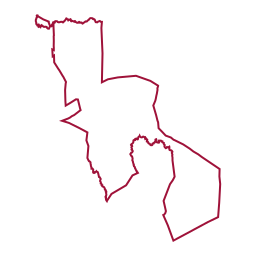 San Miguel Amatitlán, Oaxaca, Mexico
{"feature_id": "50627088B32935680328214", "entity_name": "San Miguel Amatitlán", "entity_type": "district", "adm_level": 2, "iso_a3": "MEX", "parent_name": "Mexico", "parent_adm1": "Oaxaca", "projection": "equal_earth", "projection_center": [-98.046, 17.886], "detail": "fine", "context": "isolated", "style": "outline", "palette": "rose", "viewbox_px": 256, "rotation_deg": 0, "n_neighbors": 0, "source": "geoboundaries", "source_scale": "gbopen_adm2", "svg_char_len": 5642}
<svg xmlns="http://www.w3.org/2000/svg" viewBox="0 0 256 256"><path d="M101.9,21.9L101.1,21.9L100.8,21.8L99.8,21.0L98.1,21.6L97.3,22.3L96.8,22.3L96.4,22.1L95.7,22.1L95.3,21.3L95.1,20.6L95.0,20.2L94.4,19.3L93.5,19.0L93.3,19.2L92.9,19.0L92.7,18.4L92.1,18.2L90.6,18.1L89.9,18.4L89.4,18.9L88.9,19.7L88.6,19.8L87.4,20.8L86.9,21.4L86.0,21.6L85.7,21.4L85.4,21.5L82.6,23.6L82.2,23.4L81.7,22.6L81.4,22.5L80.5,22.7L79.3,21.9L79.0,21.9L78.8,22.1L78.8,22.3L79.1,22.7L78.6,22.7L78.1,22.6L77.3,22.8L77.1,22.8L76.9,22.5L75.5,22.0L75.2,21.2L74.9,21.0L74.6,21.1L74.4,21.4L74.4,21.5L74.2,21.7L72.5,20.9L72.2,20.9L71.5,21.3L71.1,21.2L70.9,20.8L70.8,19.5L70.5,19.2L70.3,19.3L69.9,19.8L69.6,19.9L68.8,19.6L68.6,19.9L68.2,20.3L67.7,19.4L67.1,19.1L66.5,18.4L66.3,18.4L65.6,19.7L65.1,20.2L64.7,20.8L64.4,21.2L63.5,21.6L63.4,21.7L63.3,22.3L63.1,22.4L62.8,22.4L61.9,21.8L61.6,21.8L60.3,21.9L59.7,22.2L58.6,22.3L57.7,22.0L57.6,21.7L57.1,21.3L55.8,21.1L55.2,21.4L55.0,21.6L54.9,22.3L54.8,22.6L54.6,22.7L54.2,22.4L53.3,22.2L53.1,22.3L53.0,22.7L53.1,22.9L52.6,23.9L52.0,24.6L51.6,25.8L51.5,26.0L50.8,25.7L50.3,25.6L49.8,25.2L49.4,24.5L49.1,23.2L48.7,22.6L48.6,22.3L48.7,21.6L43.3,19.4L38.0,16.3L37.6,15.4L36.9,15.4L36.7,15.7L36.8,16.1L37.2,16.4L37.2,17.0L36.6,17.9L36.4,18.0L36.3,18.3L36.3,18.9L35.9,19.5L35.8,20.5L35.9,21.7L36.2,22.3L36.3,23.2L36.2,23.8L36.7,24.6L37.3,24.6L37.5,24.7L37.6,25.9L37.7,26.4L37.6,26.5L37.9,26.4L38.7,26.9L39.0,26.5L38.8,25.5L39.0,25.0L40.0,26.5L40.4,26.9L40.6,26.0L40.9,25.5L41.6,25.1L42.2,26.1L42.7,26.0L43.7,26.8L44.3,26.9L45.1,26.7L46.6,26.9L46.7,27.3L46.9,27.7L47.9,28.6L48.9,28.7L50.1,26.1L51.5,26.3L53.5,23.4L53.5,26.6L53.9,35.6L53.7,36.0L53.8,41.0L53.7,46.0L53.8,47.7L53.8,50.1L52.3,49.4L52.7,56.4L54.0,55.5L54.2,62.4L58.2,68.7L59.2,70.1L62.6,75.8L63.3,76.8L66.0,82.0L65.7,83.3L65.1,90.0L65.4,101.1L65.7,105.6L69.3,103.5L76.0,99.3L77.9,99.5L80.2,108.9L80.6,110.1L74.1,115.1L71.8,116.2L70.1,117.5L68.2,118.5L62.1,120.8L68.9,122.9L79.2,128.0L87.4,132.4L86.4,140.4L88.4,146.0L87.4,158.0L88.5,160.4L89.0,161.2L89.4,161.2L90.5,162.3L90.5,163.9L90.8,164.4L90.9,165.9L91.3,167.0L91.5,168.7L92.4,168.5L93.2,169.5L93.1,172.2L93.3,172.7L94.0,173.0L94.6,172.8L94.5,172.3L94.6,172.1L96.1,171.8L96.4,171.3L96.7,171.7L97.5,171.9L97.8,172.2L98.3,173.8L99.0,177.0L99.7,177.2L100.7,179.0L100.1,180.6L100.1,181.2L100.8,182.2L100.9,183.3L100.8,183.5L101.4,183.8L101.7,184.4L101.6,185.0L102.3,185.2L102.3,186.3L104.1,187.2L104.8,188.5L104.8,189.3L105.5,189.8L105.6,190.0L105.4,190.3L105.4,190.6L105.5,190.8L105.8,190.8L106.1,191.1L106.3,191.5L106.3,191.9L106.1,192.1L106.0,192.3L106.2,192.5L106.2,193.1L106.1,193.4L106.2,193.6L106.2,194.1L106.4,194.8L106.3,195.2L105.9,195.9L105.9,196.6L105.5,196.9L105.6,197.2L106.0,197.3L106.0,197.6L105.8,197.8L105.9,198.6L106.1,198.8L106.1,199.1L106.0,199.6L106.1,199.9L106.6,200.7L106.9,201.1L107.1,200.6L111.5,193.9L126.1,185.3L132.5,175.4L137.9,172.9L137.4,172.1L136.9,171.9L136.6,170.9L136.4,170.9L136.3,170.6L135.6,169.4L135.4,168.6L135.0,168.2L134.9,167.2L134.3,166.5L134.0,166.3L133.9,165.5L133.6,165.0L133.8,164.4L133.5,164.1L132.9,161.9L132.9,161.3L132.7,161.0L132.4,160.6L132.3,160.1L132.5,159.5L132.6,158.5L132.1,156.5L131.8,156.4L131.5,155.9L131.2,155.8L130.3,154.1L131.0,153.2L131.2,152.7L132.1,152.4L132.7,151.4L132.6,150.6L131.6,149.7L132.0,149.2L132.0,148.8L131.5,147.7L131.4,147.4L131.7,146.7L132.2,146.2L132.1,145.8L131.8,145.5L131.4,145.5L131.2,145.2L131.0,144.9L131.5,144.1L132.2,143.7L133.0,142.9L133.3,142.3L133.4,140.6L133.6,140.2L134.1,140.0L134.7,140.2L135.1,140.1L135.3,139.7L135.1,139.1L135.4,138.8L135.9,138.9L136.4,138.6L137.0,139.2L137.4,139.4L137.8,139.3L138.0,138.9L138.0,138.2L138.2,137.6L138.4,137.1L138.7,136.7L139.2,136.5L139.6,136.2L139.7,135.9L140.1,136.7L140.8,137.2L141.7,137.4L142.4,137.2L142.9,136.7L143.6,136.7L144.4,137.2L145.0,137.1L145.1,137.6L145.0,138.1L145.2,138.8L145.9,138.3L146.4,139.2L147.2,139.5L147.3,139.8L147.2,140.1L146.8,140.9L146.8,141.5L147.3,141.7L147.9,141.8L148.1,142.2L148.3,143.1L148.7,143.5L149.5,143.6L149.8,143.8L150.2,144.7L150.5,145.0L150.9,145.2L151.9,145.2L152.3,144.9L152.4,143.7L152.7,143.5L153.2,143.5L153.5,143.5L153.6,143.0L153.9,142.8L154.3,142.8L154.6,142.6L154.6,142.2L154.9,141.8L155.4,141.6L155.5,141.1L155.4,139.7L155.5,139.5L156.2,139.2L156.3,139.4L155.9,140.3L155.9,141.2L156.3,141.9L156.6,142.2L157.8,142.4L158.1,142.7L159.0,142.6L159.3,142.0L159.2,141.7L159.0,141.4L158.8,141.2L158.6,141.2L158.5,140.8L158.7,140.6L160.4,140.6L161.1,140.7L161.6,141.3L162.1,141.3L162.0,141.7L162.3,142.2L162.6,142.3L163.0,142.4L163.2,142.7L163.8,142.9L163.8,143.0L163.7,143.3L163.7,143.8L163.9,144.1L164.6,144.7L164.6,145.0L164.7,145.3L164.4,145.8L164.4,146.2L164.5,146.5L164.6,146.9L165.0,147.4L165.8,148.2L166.1,148.1L166.8,147.1L167.1,147.0L168.0,147.5L168.7,147.0L169.0,146.9L169.3,146.7L169.4,147.1L169.3,148.2L169.4,148.9L169.4,149.7L169.7,150.0L170.0,150.0L170.4,150.3L170.9,150.3L171.4,150.4L171.9,150.9L172.4,151.6L172.4,151.9L172.0,152.3L171.8,152.9L172.4,154.5L172.4,154.9L172.2,155.1L172.2,156.0L172.5,157.5L172.5,160.4L174.6,176.7L172.8,180.2L170.0,184.2L163.6,200.9L165.9,211.1L165.3,213.1L164.2,214.5L163.7,215.0L163.3,215.1L167.8,225.3L173.4,240.6L208.0,222.0L218.1,217.1L219.2,202.8L220.2,184.0L219.4,176.5L219.6,169.0L201.8,157.0L198.2,154.3L193.4,151.5L189.8,148.7L183.2,144.4L174.7,140.2L173.5,139.7L170.9,137.5L165.7,135.6L162.3,132.0L158.6,128.2L158.1,122.2L157.5,120.7L156.1,115.1L153.3,105.5L155.3,100.7L155.8,98.7L156.4,95.5L156.8,93.9L157.5,89.9L157.4,88.2L158.0,86.5L158.1,85.7L150.4,80.9L136.0,75.8L117.9,77.4L107.9,79.3L101.9,82.3L102.5,53.3L101.4,28.0L101.9,21.9Z" fill="none" stroke="#9f1239" stroke-width="2"/></svg>